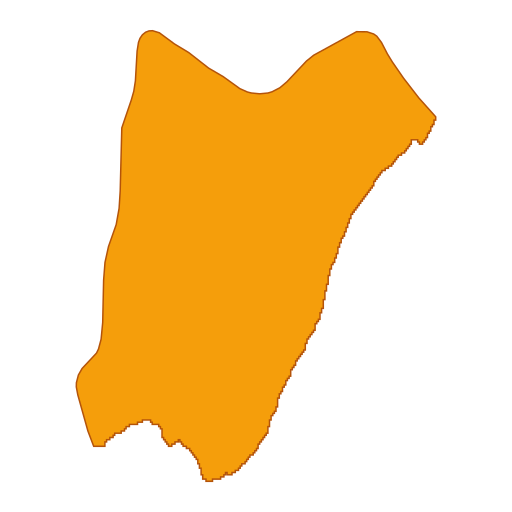 Sabana Grande de Palenque, San Cristóbal, Dominican Republic
{"feature_id": "3306468B45575096497084", "entity_name": "Sabana Grande de Palenque", "entity_type": "district", "adm_level": 2, "iso_a3": "DOM", "parent_name": "Dominican Republic", "parent_adm1": "San Cristóbal", "projection": "equal_earth", "projection_center": [-70.148, 18.258], "detail": "fine", "context": "isolated", "style": "filled", "palette": "amber", "viewbox_px": 512, "rotation_deg": 0, "n_neighbors": 0, "source": "geoboundaries", "source_scale": "gbopen_adm2", "svg_char_len": 4516}
<svg xmlns="http://www.w3.org/2000/svg" viewBox="0 0 512 512"><path d="M95.1,446.3L104.9,446.3L104.9,441.9L106.6,441.9L106.6,439.7L109.8,439.7L109.8,437.5L113.1,437.5L113.1,435.3L114.7,435.3L114.7,433.2L121.2,433.2L121.2,431.0L124.5,431.0L124.5,429.9L124.5,428.8L126.1,428.8L126.1,426.6L129.4,426.6L129.4,424.4L137.5,424.4L137.5,422.2L142.4,422.2L142.4,420.0L150.6,420.0L150.6,422.2L152.2,422.2L152.2,424.4L158.7,424.4L158.7,426.6L160.4,426.6L160.4,428.8L162.0,428.8L162.0,437.5L163.6,437.5L163.6,439.7L165.2,439.7L165.2,441.9L166.8,441.9L166.8,444.1L168.5,444.1L168.5,446.3L171.8,446.3L171.8,444.1L175.0,444.1L175.0,441.9L178.3,441.9L178.3,439.7L179.9,439.7L179.9,441.9L181.5,441.9L181.5,444.1L183.1,444.1L183.1,446.3L186.4,446.3L186.4,448.5L189.7,448.5L189.7,450.7L191.3,450.7L191.3,452.8L192.9,452.8L192.9,453.8L192.9,455.0L194.5,455.0L194.5,457.2L196.2,457.2L196.2,459.4L197.8,459.4L197.8,463.8L199.4,463.8L199.4,468.2L201.1,468.2L201.1,474.8L202.7,474.8L202.7,479.1L206.0,479.1L206.0,481.3L212.5,481.3L212.5,479.1L220.6,479.1L220.6,476.9L223.9,476.9L223.9,474.8L225.5,474.8L225.5,472.5L227.1,472.5L227.1,474.8L232.0,474.8L232.0,472.5L235.3,472.5L235.3,470.4L238.5,470.4L238.5,468.2L240.2,468.2L240.2,466.0L241.8,466.0L241.8,463.8L245.1,463.8L245.1,461.6L246.7,461.6L246.7,459.4L248.3,459.4L248.3,457.2L249.9,457.2L249.9,455.0L253.2,455.0L253.2,452.8L254.8,452.8L254.8,450.7L256.5,450.7L256.5,448.5L258.1,448.5L258.1,444.1L259.7,444.1L259.7,441.9L261.4,441.9L261.4,439.7L263.0,439.7L263.0,437.5L264.6,437.5L264.6,435.3L266.2,435.3L266.2,433.2L267.9,433.2L267.9,426.6L269.5,426.6L269.5,420.0L271.1,420.0L271.1,415.6L272.8,415.6L272.8,413.4L274.4,413.4L274.4,411.3L276.0,411.3L276.0,406.9L277.6,406.9L277.6,398.1L279.3,398.1L279.3,393.8L280.9,393.8L280.9,391.5L282.5,391.5L282.5,387.2L284.2,387.2L284.2,385.0L285.8,385.0L285.8,380.6L287.4,380.6L287.4,378.4L289.1,378.4L289.1,376.2L290.7,376.2L290.7,369.7L292.3,369.7L292.3,367.5L293.9,367.5L293.9,365.3L295.6,365.3L295.6,360.9L297.2,360.9L297.2,358.7L298.8,358.7L298.8,356.5L300.5,356.5L300.5,354.3L302.1,354.3L302.1,352.2L303.7,352.2L303.7,350.0L305.3,350.0L305.3,343.4L307.0,343.4L307.0,339.0L308.6,339.0L308.6,336.8L310.2,336.8L310.2,334.6L311.9,334.6L311.9,332.4L313.5,332.4L313.5,330.3L315.1,330.3L315.1,323.7L316.8,323.7L316.8,321.5L318.4,321.5L318.4,319.3L320.0,319.3L320.0,312.8L321.6,312.8L321.6,308.4L323.3,308.4L323.3,299.6L324.9,299.6L324.9,290.9L326.5,290.9L326.5,284.3L328.2,284.3L328.2,275.5L329.8,275.5L329.8,272.7L329.8,269.0L331.4,269.0L331.4,264.6L333.0,264.6L333.0,262.4L334.7,262.4L334.7,258.0L336.3,258.0L336.3,253.6L337.9,253.6L337.9,247.1L339.6,247.1L339.6,242.7L341.2,242.7L341.2,238.3L342.8,238.3L342.8,236.1L344.5,236.1L344.5,231.8L346.1,231.8L346.1,227.4L347.7,227.4L347.7,223.0L349.3,223.0L349.3,218.6L350.9,218.6L350.9,214.3L352.6,214.3L352.6,212.1L354.2,212.1L354.2,209.9L355.9,209.9L355.9,207.7L357.5,207.7L357.5,205.5L359.1,205.5L359.1,203.3L360.7,203.3L360.7,201.1L362.4,201.1L362.4,198.9L364.0,198.9L364.0,196.7L365.6,196.7L365.6,194.6L367.3,194.6L367.3,192.4L368.9,192.4L368.9,190.2L370.5,190.2L370.5,188.0L372.2,188.0L372.2,185.8L373.8,185.8L373.8,181.4L375.4,181.4L375.4,179.2L377.0,179.2L377.0,177.1L378.6,177.1L378.6,174.9L380.3,174.9L380.3,172.7L381.9,172.7L381.9,170.5L385.2,170.5L385.2,168.3L388.4,168.3L388.4,166.1L391.7,166.1L391.7,163.9L393.3,163.9L393.3,161.7L395.0,161.7L395.0,159.5L396.6,159.5L396.6,157.3L398.2,157.3L398.2,155.2L401.5,155.2L401.5,153.0L404.7,153.0L404.7,150.8L406.3,150.8L406.3,148.6L408.0,148.6L408.0,146.4L409.6,146.4L409.6,144.2L411.3,144.2L411.3,139.8L417.0,139.8L417.7,139.8L417.7,142.0L419.4,142.0L419.4,144.2L422.6,144.2L422.6,142.0L424.3,142.0L424.3,139.8L425.9,139.8L425.9,137.6L427.5,137.6L427.5,133.3L429.2,133.3L429.2,131.1L430.8,131.1L430.8,126.7L432.4,126.7L432.4,124.5L434.0,124.5L434.0,120.1L435.7,120.1L435.7,117.7L435.7,116.8L418.8,97.9L403.5,78.1L392.3,61.9L387.4,53.9L381.5,42.5L376.8,36.2L373.7,34.0L367.0,31.8L356.5,31.7L313.7,55.2L306.5,61.0L286.9,81.8L279.8,87.8L272.0,91.8L268.0,93.0L259.7,93.8L251.4,93.0L247.4,92.0L239.8,88.6L223.3,76.7L208.6,68.1L188.8,52.6L174.4,43.9L159.4,32.8L152.6,30.7L149.0,30.9L145.6,32.2L142.4,34.8L140.0,38.3L138.5,42.3L137.1,51.1L135.4,80.9L133.8,91.2L131.3,100.0L121.8,127.9L120.2,191.1L119.1,208.3L116.2,224.6L108.5,246.5L105.0,262.4L103.6,280.3L102.7,322.5L101.1,339.2L98.5,349.0L96.5,353.1L82.1,368.5L78.4,375.0L76.4,382.7L76.3,386.9L77.8,394.9L87.9,431.0L93.7,446.3L95.1,446.3Z" fill="#f59e0b" stroke="#b45309" stroke-width="1.5"/></svg>